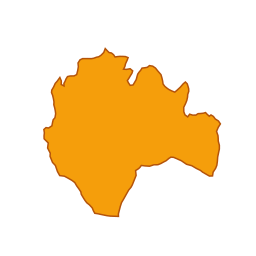 the district of Icém, São Paulo, Brazil, rotated 151°
{"feature_id": "56859067B31736587955122", "entity_name": "Icém", "entity_type": "district", "adm_level": 2, "iso_a3": "BRA", "parent_name": "Brazil", "parent_adm1": "São Paulo", "projection": "albers", "projection_center": [-49.2, -20.366], "detail": "fine", "context": "isolated", "style": "filled", "palette": "amber", "viewbox_px": 256, "rotation_deg": 151, "n_neighbors": 0, "source": "geoboundaries", "source_scale": "gbopen_adm2", "svg_char_len": 2408}
<svg xmlns="http://www.w3.org/2000/svg" viewBox="0 0 256 256"><g transform="rotate(151 128 128)"><path d="M80.1,46.5L77.3,45.1L75.0,48.1L71.0,50.2L68.4,52.3L66.0,55.5L63.6,59.2L61.6,61.5L59.9,63.5L58.3,65.3L56.5,68.5L55.4,72.8L54.2,75.1L53.0,77.7L52.2,82.1L48.8,84.8L45.2,86.8L45.5,90.3L47.3,93.6L47.7,96.7L49.1,99.2L51.2,98.9L52.2,101.8L52.7,103.9L54.9,104.4L57.3,105.4L59.8,106.6L62.4,106.4L65.2,107.9L67.4,110.2L70.4,108.8L71.8,111.9L71.3,115.2L69.2,119.1L65.9,121.4L63.2,123.6L60.9,126.2L59.6,128.3L57.1,130.6L55.9,132.9L55.3,135.4L54.8,137.9L55.5,140.4L58.2,139.9L62.6,138.3L67.1,137.2L69.7,136.7L71.9,139.4L73.6,141.9L74.6,144.0L75.6,146.5L76.0,149.5L74.9,152.4L74.0,155.5L73.3,158.7L74.3,163.4L74.9,167.1L76.4,170.1L79.0,172.2L81.6,171.7L84.0,172.5L86.7,173.6L88.8,172.4L91.2,171.5L93.4,170.4L95.4,168.4L97.3,166.4L100.3,164.6L102.7,163.2L105.4,164.2L105.7,167.1L105.6,169.8L103.2,171.0L100.5,172.6L98.1,173.9L96.2,175.7L97.4,178.8L100.9,180.0L103.4,181.6L100.9,183.3L99.0,185.4L96.0,187.6L93.8,189.5L95.6,191.7L97.8,193.1L100.4,194.6L102.7,195.6L104.9,196.4L105.1,199.1L106.1,201.6L108.0,203.2L108.6,205.3L109.4,208.5L112.6,205.8L116.3,204.7L119.1,204.5L121.3,205.2L124.0,205.6L126.4,206.4L129.5,208.2L134.1,210.7L136.9,210.9L140.2,209.1L141.7,205.7L144.0,202.8L147.0,199.6L149.9,199.7L153.5,201.6L156.0,202.3L158.5,200.9L160.6,199.2L162.4,198.1L163.6,195.8L165.3,198.4L163.5,201.5L163.1,205.2L167.4,203.2L170.0,202.3L173.1,200.0L176.3,198.1L177.7,196.1L178.1,193.1L179.0,189.9L180.1,186.7L181.6,184.3L182.4,181.0L183.3,178.2L184.4,175.5L186.9,172.4L189.4,171.5L191.0,169.8L193.5,166.8L197.5,166.5L199.5,168.1L202.3,167.5L203.5,164.3L205.2,161.9L206.6,159.2L205.0,153.6L206.6,151.4L208.0,149.5L208.1,147.3L208.2,143.7L209.9,141.0L210.7,134.5L209.7,130.4L210.8,124.1L210.8,119.5L207.0,116.7L205.1,113.8L202.5,109.5L201.0,106.1L200.9,102.1L200.5,98.9L200.2,95.1L201.0,92.7L200.9,88.4L200.7,85.3L200.3,82.6L199.0,79.5L198.0,75.4L198.4,72.4L198.4,69.5L195.9,67.6L194.0,65.9L191.8,64.0L189.0,61.6L186.3,59.6L179.2,55.3L178.0,57.6L172.8,63.1L169.8,65.9L166.9,67.6L157.5,73.4L154.1,74.7L151.9,76.1L143.9,82.6L142.0,87.1L138.4,87.3L136.4,87.9L134.5,88.8L131.5,86.6L127.6,84.1L123.3,83.3L119.7,81.4L116.5,81.0L113.3,81.0L110.5,80.9L106.9,81.6L104.6,81.7L102.3,80.2L97.2,73.5L95.9,70.9L94.4,67.9L90.5,64.1L87.8,59.5L85.2,55.8L84.1,53.1L80.1,46.5Z" fill="#f59e0b" stroke="#b45309" stroke-width="1.5"/></g></svg>